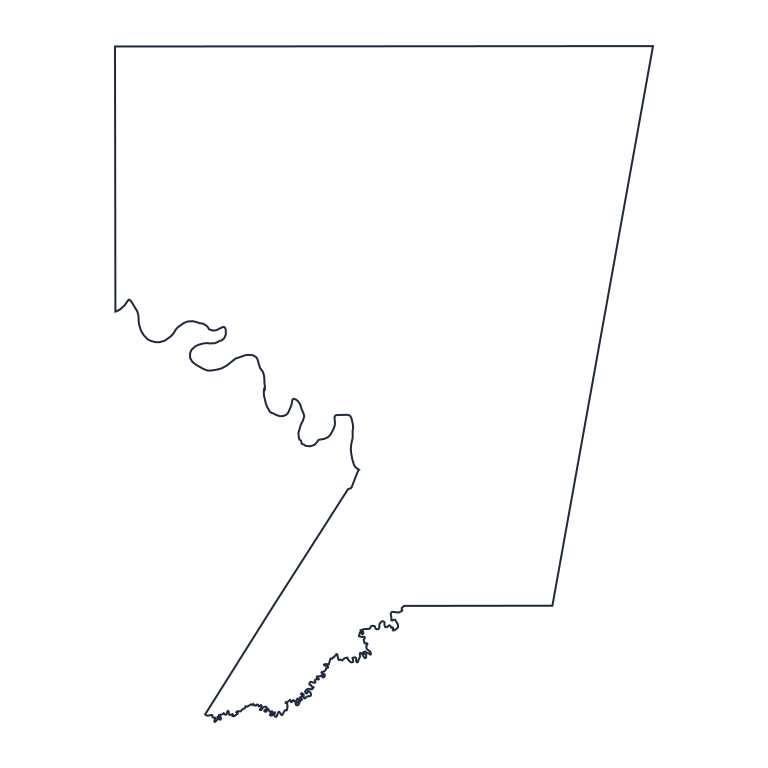 the district of Tarapacá, Amazonas, Colombia
{"feature_id": "7082276B95886697546678", "entity_name": "Tarapacá", "entity_type": "district", "adm_level": 2, "iso_a3": "COL", "parent_name": "Colombia", "parent_adm1": "Amazonas", "projection": "albers", "projection_center": [-70.159, -2.606], "detail": "fine", "context": "isolated", "style": "outline", "palette": "slate", "viewbox_px": 768, "rotation_deg": 0, "n_neighbors": 0, "source": "geoboundaries", "source_scale": "gbopen_adm2", "svg_char_len": 6125}
<svg xmlns="http://www.w3.org/2000/svg" viewBox="0 0 768 768"><path d="M552.4,605.7L653.0,46.1L115.0,46.5L115.4,311.6L117.3,311.0L120.5,309.1L124.6,305.3L128.1,300.4L128.9,299.7L129.9,299.9L131.8,302.3L137.3,311.4L138.4,315.4L138.7,321.6L139.3,325.3L140.9,330.5L143.5,334.9L147.4,339.1L150.3,340.7L155.1,342.1L159.6,342.2L164.9,340.6L171.0,336.2L173.1,333.7L173.5,333.5L175.7,329.7L177.7,327.4L183.8,323.0L187.7,321.5L192.7,321.2L197.4,322.3L198.9,323.1L202.9,323.6L206.2,325.5L207.6,326.9L209.2,329.4L213.3,330.6L216.3,330.2L222.6,327.1L223.8,327.0L224.5,327.3L225.2,328.0L225.7,329.5L225.9,334.0L224.9,336.9L223.7,338.7L222.1,340.1L219.5,341.0L216.5,342.6L214.3,343.3L209.5,343.4L207.1,343.1L203.1,343.5L198.5,344.8L195.3,346.3L191.6,349.7L190.2,352.8L190.0,356.7L190.4,358.5L192.4,361.9L196.1,364.8L203.6,369.1L207.6,370.5L210.6,370.6L216.7,369.7L221.7,368.3L226.6,365.7L235.5,358.6L245.2,355.3L247.2,354.9L251.2,355.0L253.4,355.5L256.0,357.0L257.4,359.0L260.0,368.0L262.9,371.8L263.9,375.2L264.3,377.9L264.5,384.0L265.0,386.2L264.4,388.1L264.9,388.3L264.9,389.7L264.6,390.4L264.2,390.4L264.1,388.9L263.9,390.2L263.8,392.4L264.0,395.7L266.0,404.1L267.8,408.1L270.0,411.9L271.4,412.8L273.7,413.6L275.8,414.8L279.6,416.1L281.1,416.2L283.8,415.9L286.5,414.6L288.2,412.7L291.0,406.2L291.8,403.7L292.4,399.8L293.1,399.0L294.1,398.8L296.2,399.7L297.9,401.1L300.2,404.3L301.4,408.5L303.8,414.2L304.2,416.4L303.0,420.5L300.9,424.5L298.4,432.9L298.9,438.0L299.5,439.6L300.6,440.3L301.3,441.5L301.8,443.8L304.1,444.7L305.5,445.8L309.7,446.3L312.8,445.5L315.2,444.3L318.6,439.9L324.8,438.7L327.5,437.4L329.4,435.9L330.5,434.5L333.2,429.7L334.6,426.1L335.0,423.6L334.5,417.2L335.0,416.1L336.1,415.1L346.8,414.8L349.4,415.3L350.4,416.2L351.4,418.2L352.8,424.0L353.1,427.3L352.6,431.2L352.7,437.6L351.2,444.4L350.8,448.7L351.1,452.8L352.3,459.4L354.0,464.9L355.5,467.3L359.0,469.8L358.4,470.2L357.1,473.1L351.7,487.1L350.5,488.4L348.2,489.0L347.8,489.5L274.4,604.3L205.1,714.5L206.5,715.4L207.8,715.7L211.5,715.0L212.4,715.3L212.6,717.4L215.0,717.7L215.1,718.5L214.3,721.1L214.5,721.8L215.0,721.9L217.4,719.6L217.3,717.6L217.6,717.0L218.3,717.2L219.7,719.5L220.3,719.7L220.7,719.5L221.0,717.9L220.1,716.6L218.8,715.6L219.0,715.0L222.4,714.4L223.7,713.2L225.0,714.6L225.8,714.8L226.7,713.8L227.4,711.3L228.1,710.9L228.7,711.5L228.8,713.7L229.3,714.8L230.6,714.9L232.5,714.1L232.9,714.5L232.6,716.1L233.9,716.2L235.1,715.6L237.7,713.5L237.6,712.8L236.7,712.6L236.3,712.3L236.7,711.6L238.4,711.2L240.7,711.4L242.2,709.5L244.9,708.1L245.4,706.4L247.2,706.7L251.1,704.3L252.8,705.1L253.3,704.0L255.3,705.7L255.9,705.7L256.8,704.6L257.7,704.6L258.2,705.1L258.5,706.1L258.9,706.4L259.8,706.0L260.6,705.1L261.2,705.2L261.5,705.9L261.2,708.4L259.8,709.4L259.8,709.9L260.5,710.1L261.3,710.0L262.8,707.8L263.9,707.0L265.3,706.6L266.1,706.8L266.8,707.7L266.9,708.6L264.4,710.4L264.4,711.2L265.1,711.7L266.1,711.7L267.4,710.0L268.3,709.3L269.8,711.8L270.6,711.8L271.6,711.3L272.2,711.4L272.4,712.3L272.1,712.9L269.9,714.5L270.0,715.0L270.8,715.6L271.7,715.6L272.2,715.3L273.9,712.6L274.8,712.3L275.0,712.8L274.3,714.6L274.4,715.6L275.0,716.5L276.4,716.8L278.4,712.1L279.0,711.8L279.4,711.9L281.2,714.6L281.7,715.0L282.2,715.0L284.7,710.5L285.2,710.2L286.5,710.4L287.2,709.5L287.2,707.7L287.7,706.3L287.2,705.0L287.3,703.7L286.8,703.1L285.7,702.9L285.8,702.2L286.6,702.3L288.4,701.3L290.0,699.9L290.6,700.4L291.1,702.0L291.9,701.9L292.6,700.7L293.4,700.2L293.9,700.4L294.5,701.5L295.2,701.7L297.0,699.8L297.3,698.7L297.9,698.6L299.3,700.3L299.2,701.2L295.6,703.7L296.0,704.9L296.9,705.4L297.6,705.4L298.8,704.4L299.9,701.4L301.9,699.5L301.8,698.9L300.3,698.4L300.0,697.6L300.3,697.1L302.0,696.5L302.4,695.9L302.4,695.2L301.0,694.2L301.4,693.3L302.0,693.2L303.4,694.4L303.7,695.1L303.7,697.4L304.4,698.4L305.1,698.2L306.0,697.3L307.9,696.2L309.8,696.2L310.6,695.8L311.1,694.6L310.3,692.4L309.6,691.6L308.6,691.1L307.9,691.2L307.5,692.7L306.7,693.4L305.7,693.1L305.1,691.9L305.5,690.8L307.5,689.0L308.7,688.7L311.8,689.4L313.6,687.4L313.4,686.9L311.8,686.7L310.9,685.2L309.6,684.7L309.3,683.8L309.7,682.9L310.5,681.9L311.1,681.8L313.0,682.6L315.3,682.6L315.5,682.1L314.7,680.6L314.9,680.1L316.9,678.8L318.4,679.6L318.8,679.3L318.5,678.6L316.9,677.3L316.8,676.7L317.1,676.4L318.4,676.5L320.4,676.1L322.3,675.1L322.7,675.4L322.5,677.2L323.4,677.4L324.0,677.1L324.9,675.5L324.8,674.5L321.9,673.4L321.5,672.5L322.1,671.8L323.9,671.6L325.7,670.0L326.2,668.2L327.9,667.8L328.1,667.1L327.8,666.3L324.4,665.5L324.0,664.6L324.9,664.1L328.8,664.3L330.5,658.6L331.1,658.4L332.3,658.6L332.9,657.5L334.1,657.3L334.4,656.3L335.8,655.4L336.3,654.1L336.9,654.1L337.3,654.5L338.2,659.1L339.0,660.1L340.5,659.5L341.6,660.3L342.3,660.4L344.5,658.3L347.1,657.6L347.7,657.9L347.9,659.3L350.0,661.6L351.3,662.4L352.1,662.3L352.9,662.0L353.2,661.6L353.0,659.5L352.5,658.6L352.6,657.8L354.9,657.3L356.0,658.0L356.3,661.4L356.6,662.1L357.2,662.4L358.0,661.8L358.3,660.4L360.1,656.5L359.8,653.7L360.2,653.0L360.9,652.9L361.7,653.2L364.0,657.2L365.1,658.2L365.8,658.0L366.1,657.5L366.3,655.1L365.8,654.4L363.1,653.5L362.9,653.0L363.3,652.2L365.2,651.5L366.4,652.5L368.8,653.4L370.2,654.6L370.8,654.4L370.9,653.1L370.2,651.6L367.1,649.3L366.5,648.2L366.3,646.2L367.4,644.3L367.4,643.8L366.6,643.2L365.3,643.6L364.5,643.1L364.3,641.7L363.6,640.0L364.7,638.2L364.7,637.2L364.3,636.8L361.8,636.9L359.2,636.4L358.9,636.0L359.9,632.6L360.8,632.5L362.4,634.2L363.4,633.5L362.9,631.4L360.7,630.9L360.5,630.3L364.0,629.1L369.1,628.9L370.0,628.2L370.8,626.4L372.2,625.8L374.5,626.1L375.0,626.7L375.3,628.1L376.0,628.9L377.1,629.4L378.1,629.2L379.2,628.2L379.5,623.9L381.6,621.5L382.6,621.2L383.8,621.6L384.5,622.4L384.5,625.4L385.3,627.1L387.0,627.1L388.6,625.7L389.5,625.4L390.4,625.8L391.0,627.6L391.7,627.7L392.5,627.4L392.9,627.6L393.1,628.7L392.7,630.1L393.0,630.4L393.7,630.5L395.6,629.5L397.2,628.3L398.1,627.1L397.8,624.2L395.1,619.8L393.9,619.7L392.5,620.5L391.4,620.3L391.4,617.5L390.8,615.1L390.8,613.6L391.4,612.4L392.2,611.8L398.1,612.5L399.3,612.3L401.8,611.0L402.3,610.2L401.7,609.3L401.8,608.0L404.0,605.9L552.4,605.7Z" fill="none" stroke="#1e293b" stroke-width="2"/></svg>